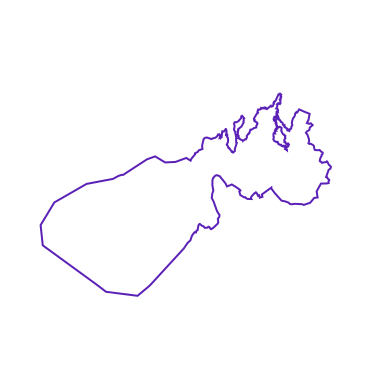 Fuossko smj 2, Nordland, Norway (Mercator projection), rotated 124°
{"feature_id": "86288312B90819759899265", "entity_name": "Fuossko smj 2", "entity_type": "district", "adm_level": 2, "iso_a3": "NOR", "parent_name": "Norway", "parent_adm1": "Nordland", "projection": "mercator", "projection_center": [15.387, 67.235], "detail": "fine", "context": "isolated", "style": "outline", "palette": "violet", "viewbox_px": 384, "rotation_deg": 124, "n_neighbors": 0, "source": "geoboundaries", "source_scale": "gbopen_adm2", "svg_char_len": 5900}
<svg xmlns="http://www.w3.org/2000/svg" viewBox="0 0 384 384"><g transform="rotate(124 192 192)"><path d="M86.2,105.7L86.3,107.7L85.8,109.7L86.9,110.9L88.4,113.4L88.1,114.4L85.7,116.7L85.4,117.6L85.6,120.5L86.5,121.4L86.5,122.7L84.7,123.1L82.7,124.7L80.1,128.1L79.2,130.7L77.6,130.6L74.8,129.4L72.8,130.4L69.1,129.4L68.6,132.0L69.9,132.9L70.6,135.3L67.0,135.8L61.4,138.2L62.8,144.6L63.6,149.4L67.1,149.2L68.3,149.9L68.0,150.2L69.3,150.4L70.6,149.6L73.1,149.2L74.0,149.5L76.8,148.8L79.1,147.7L80.6,146.1L82.1,146.2L83.8,145.3L85.3,145.6L85.5,146.2L87.0,145.5L87.2,146.7L87.6,147.4L86.8,148.0L86.4,146.4L86.0,146.0L86.7,147.9L86.2,148.8L86.5,149.2L86.2,149.9L86.4,151.0L86.0,151.1L85.8,152.1L85.5,152.3L85.9,152.4L85.6,153.0L85.4,153.0L85.4,153.4L85.0,153.2L84.8,153.7L84.9,154.7L84.1,155.6L83.9,157.0L84.2,157.6L83.9,158.3L83.6,158.3L83.1,159.7L83.2,160.3L83.6,160.6L83.6,161.0L83.0,161.6L82.6,161.1L82.7,160.8L81.1,163.1L82.6,162.4L82.6,163.0L82.3,163.0L83.3,163.4L86.4,162.2L87.4,160.7L89.4,159.2L89.4,158.6L89.9,158.3L90.3,156.5L88.9,155.8L88.7,154.7L88.8,153.5L91.1,152.4L91.0,152.2L92.3,150.9L93.2,148.6L93.3,147.3L93.0,147.3L93.3,145.9L94.5,145.7L95.2,144.6L97.1,144.7L97.7,144.3L98.1,143.3L98.9,143.3L98.7,142.3L99.0,142.3L99.5,140.5L98.0,139.5L98.4,138.2L99.5,138.1L99.6,138.5L100.2,137.8L101.3,138.1L101.9,139.0L101.7,139.9L101.3,140.2L101.8,140.5L103.0,139.2L103.8,137.9L104.0,138.0L103.7,137.1L104.2,136.7L104.1,137.3L104.3,137.3L104.3,137.7L104.1,138.2L103.8,138.1L103.9,138.7L102.5,141.5L103.6,141.5L103.1,141.7L103.1,142.4L103.4,142.5L103.5,143.6L103.3,143.9L103.6,143.9L103.4,145.1L103.7,146.0L103.7,146.5L103.9,146.5L103.8,147.5L103.3,147.8L103.2,148.9L102.6,149.0L102.7,149.5L103.5,150.4L103.6,152.8L103.3,153.0L102.8,154.1L100.7,154.8L100.2,155.7L97.7,157.2L96.9,156.9L96.8,156.0L95.8,157.0L95.1,156.9L94.9,157.5L94.4,157.4L94.1,156.7L93.5,157.9L92.7,157.9L92.4,156.8L91.7,156.8L89.1,159.9L88.5,161.0L87.0,161.7L87.0,162.8L86.8,162.8L86.8,163.7L86.4,163.7L86.5,164.3L85.9,164.6L85.9,165.1L83.8,165.8L82.8,165.1L83.0,164.8L82.7,164.8L82.6,163.9L81.6,164.2L81.4,164.8L80.7,165.1L79.5,164.4L80.2,165.2L80.0,165.8L78.5,166.1L78.4,166.7L77.6,166.6L77.5,165.8L77.0,166.4L76.5,166.1L76.1,166.3L75.9,167.2L74.7,167.8L75.3,167.8L75.3,168.6L75.5,168.9L73.7,169.0L71.7,170.1L71.7,170.6L70.2,170.2L70.2,169.4L69.9,169.4L69.9,168.3L68.8,168.3L67.0,169.9L65.9,170.2L66.1,170.5L65.6,170.7L65.7,171.0L63.7,171.1L63.8,171.4L63.1,171.6L62.9,172.3L61.4,172.4L61.2,174.0L62.2,174.0L62.6,174.9L69.9,173.7L70.7,174.2L71.7,173.9L71.7,174.4L72.8,174.2L73.3,173.4L75.8,173.1L76.8,173.9L76.6,174.4L76.9,174.6L76.6,174.9L81.3,176.2L81.8,177.7L80.9,177.6L80.8,178.1L81.5,179.4L82.7,179.6L82.8,180.4L83.7,180.7L83.7,181.3L84.2,181.0L84.6,181.4L84.3,181.4L84.3,181.8L85.6,181.7L86.6,182.8L86.7,183.3L88.9,182.6L89.1,181.7L90.2,181.6L90.6,182.1L96.6,181.7L97.0,181.2L97.0,180.6L98.1,180.3L98.2,179.7L97.9,179.0L98.2,178.7L98.1,176.9L98.5,176.9L98.9,175.8L101.1,175.7L102.5,174.8L104.6,176.5L107.1,177.5L107.7,178.5L110.4,177.6L111.7,177.8L111.8,177.4L113.2,177.9L115.1,177.9L115.8,177.1L117.7,176.7L118.2,176.7L118.6,177.5L120.9,178.2L120.6,178.4L121.2,180.0L121.4,183.0L121.1,183.0L121.1,183.6L119.7,184.5L119.6,185.4L119.2,185.2L118.7,186.5L117.3,186.9L116.8,187.7L116.4,187.7L116.4,188.1L114.6,188.2L114.2,188.9L110.1,187.6L105.3,188.1L104.9,188.8L103.7,189.1L102.6,190.1L101.7,189.9L100.8,193.0L101.6,193.5L103.4,192.6L107.6,193.2L109.5,194.3L110.0,195.4L110.7,195.7L112.2,195.2L112.8,194.2L114.3,193.1L116.7,192.2L118.1,189.9L120.6,187.3L120.1,187.2L120.5,186.3L122.3,185.7L122.2,185.5L122.5,185.1L122.9,185.3L125.3,183.8L126.5,182.7L126.3,182.3L132.5,180.5L134.0,179.4L136.2,179.9L136.4,180.1L136.2,180.6L136.3,180.8L136.0,180.8L136.1,181.3L135.7,182.1L136.0,182.8L135.1,184.6L135.0,185.7L135.9,186.1L134.7,186.1L134.8,187.0L133.9,187.9L133.3,189.1L133.5,189.5L133.3,189.7L130.5,190.1L128.8,191.1L126.9,192.7L126.8,193.6L124.6,194.9L124.7,195.4L124.2,195.8L126.0,195.1L126.0,195.4L125.6,195.4L125.3,196.0L122.8,196.9L122.2,197.4L121.9,198.1L121.3,198.3L120.9,198.9L121.0,199.3L123.7,199.2L124.3,199.7L124.4,200.9L124.0,201.3L129.6,198.3L130.0,198.1L130.4,198.7L131.5,198.5L131.4,199.1L131.7,199.3L129.6,200.1L129.0,200.6L128.9,201.2L129.7,201.1L129.6,202.5L132.1,202.4L134.0,203.0L136.1,204.9L137.2,205.4L138.5,210.1L139.7,211.4L141.5,212.0L148.0,209.5L150.5,207.4L153.7,209.7L155.5,209.6L158.3,211.2L159.0,210.5L164.6,211.1L166.8,210.7L167.0,215.8L176.3,222.5L182.5,230.8L183.1,242.5L190.1,247.6L216.4,258.7L217.1,259.9L219.7,261.9L225.4,264.9L244.2,283.9L277.6,300.3L304.1,299.0L319.7,285.9L322.1,219.7L322.8,207.4L308.5,179.1L293.2,174.7L243.3,167.2L236.6,167.2L233.0,166.3L228.6,167.5L226.2,167.6L223.9,167.4L223.4,166.1L221.5,166.7L220.6,166.0L216.1,168.0L214.3,167.9L214.1,167.7L214.4,164.9L214.0,163.3L214.6,161.5L212.9,159.2L211.7,159.0L211.4,158.4L211.5,157.7L212.3,155.7L212.2,155.4L209.8,154.3L203.8,153.0L202.2,153.4L199.9,155.5L197.4,155.5L195.7,156.3L194.5,159.3L193.4,161.2L187.8,168.8L185.9,172.3L182.2,174.2L178.9,175.1L174.9,179.0L170.6,181.7L168.6,182.3L165.5,181.9L164.1,180.7L163.4,177.9L166.1,169.1L167.8,166.1L163.5,163.2L163.3,159.5L163.3,153.9L163.7,152.7L165.0,153.2L167.5,150.3L167.3,145.7L166.5,144.9L166.9,143.4L166.7,142.1L164.6,138.8L164.0,139.8L162.6,140.2L158.5,139.6L156.6,138.9L157.1,137.9L156.8,137.3L158.2,135.1L157.2,134.5L158.8,132.7L156.6,130.9L155.0,132.7L144.0,128.7L144.7,128.2L146.6,122.9L149.1,112.9L147.5,109.0L146.8,105.9L147.2,104.3L146.4,102.4L144.4,100.3L140.5,93.8L140.2,92.1L134.8,88.0L128.6,87.4L126.3,84.8L121.8,89.0L112.9,89.8L109.6,85.1L108.2,83.7L106.7,84.8L105.3,84.9L104.8,87.6L104.2,88.2L104.6,89.2L97.2,91.1L95.2,90.3L93.4,90.9L92.9,92.8L92.9,93.8L91.4,96.4L91.2,97.3L92.3,97.6L94.5,100.2L95.2,100.5L94.8,102.1L95.0,102.8L94.8,103.5L92.0,104.6L89.7,104.7L88.9,105.3L87.4,105.0L86.2,105.7Z" fill="none" stroke="#5b21b6" stroke-width="2"/></g></svg>